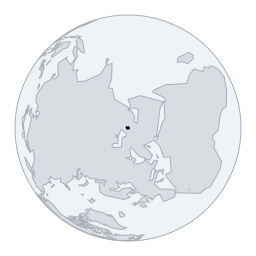 the Earth from above Qom, rotated 215°
{"feature_id": "IRN-3232", "entity_name": "Qom", "entity_type": "Province", "adm_level": 1, "iso_a3": "IRN", "parent_name": "Iran", "parent_adm1": "", "projection": "orthographic", "projection_center": [50.771, 34.662], "detail": "fine", "context": "on_globe", "style": "filled", "palette": "ink", "viewbox_px": 256, "rotation_deg": 215, "n_neighbors": 0, "source": "natural_earth", "source_scale": "10m", "svg_char_len": 10525}
<svg xmlns="http://www.w3.org/2000/svg" viewBox="0 0 256 256"><g transform="rotate(215 128 128)"><circle cx="128" cy="128" r="113" fill="#eef3f6" stroke="#a8b0b8"/><path d="M130.2,15.4L133.0,15.6L144.8,17.4L150.1,18.1L147.7,18.1L158.7,19.9L166.1,22.3L156.8,19.6L155.1,19.4L159.7,20.8L158.9,21.0L160.7,21.9L159.4,22.0L154.0,20.8L153.1,20.9L156.4,22.0L157.1,23.0L152.5,21.4L153.3,23.1L144.5,22.0L133.1,18.7L127.3,19.3L112.9,19.4L113.3,19.9L108.0,20.8L106.5,21.8L104.3,21.8L104.9,22.7L107.2,22.5L108.3,22.9L107.6,23.6L104.7,23.7L104.6,23.3L103.3,23.7L102.2,23.5L102.4,24.0L98.9,24.1L101.2,25.1L97.5,26.1L95.5,25.9L97.2,24.5L96.6,21.5L95.1,21.4L91.2,22.4L81.0,27.0L78.7,27.7L74.5,29.6L75.1,29.7L78.5,28.3L78.6,29.3L82.8,27.7L83.5,28.0L87.3,27.3L85.1,29.0L81.0,31.3L77.7,32.1L75.8,33.2L77.6,33.9L70.3,37.3L63.4,42.8L61.7,43.7L60.7,42.2L63.9,38.1L62.5,37.3L61.8,39.6L57.5,42.2L56.2,43.5L55.4,44.6L56.4,44.4L54.6,45.8L54.7,43.7L56.3,42.4L56.3,43.0L57.8,41.2L57.8,40.3L55.6,42.0L57.5,40.2L64.5,35.0L71.9,30.3L79.6,26.3L87.6,22.9L95.8,20.1L104.3,17.9L112.8,16.4L121.5,15.5L130.2,15.4ZM16.1,140.6L16.1,141.3L16.2,141.8L16.1,140.6ZM154.0,18.8L151.5,18.2L154.2,18.8L154.0,18.8ZM161.2,22.0L162.1,22.2L162.6,22.6L161.2,22.0ZM88.2,26.4L87.7,26.8L87.3,26.7L88.2,26.4ZM90.3,25.8L90.1,25.4L91.0,25.0L90.3,25.8ZM161.1,23.3L161.6,24.0L160.2,23.0L161.1,23.3ZM90.3,26.4L92.7,24.4L94.4,23.8L96.2,24.4L90.3,26.4ZM161.3,24.3L162.7,26.4L164.9,26.9L159.3,27.0L160.0,25.0L157.9,23.6L160.1,24.4L161.3,24.3ZM108.3,22.2L105.8,22.4L108.5,21.6L108.3,22.2ZM109.8,21.6L116.7,19.2L120.0,19.5L117.1,20.1L121.9,20.1L120.2,21.4L117.1,21.7L115.3,21.2L116.0,22.1L109.8,21.6ZM156.0,26.8L155.6,27.3L155.0,26.6L156.0,26.8ZM109.0,23.1L110.0,22.5L113.0,22.6L111.4,23.8L110.9,23.4L109.0,23.1ZM124.1,19.6L126.0,20.0L125.1,21.2L125.7,21.5L120.4,21.5L124.1,19.6ZM109.9,23.7L110.5,24.5L108.4,25.1L108.1,23.7L109.9,23.7ZM114.5,22.1L115.8,22.3L114.6,22.6L114.5,22.1ZM101.4,28.1L102.7,27.2L104.4,27.1L101.4,28.1ZM110.8,24.8L111.5,24.5L112.3,24.5L112.2,25.1L110.8,24.8ZM120.1,22.3L119.4,22.8L122.3,22.4L121.7,23.4L118.3,23.2L119.5,23.7L119.3,24.0L116.7,23.6L120.1,22.3ZM114.6,25.7L110.0,26.1L107.3,27.7L105.8,27.7L110.3,25.2L114.6,25.7ZM116.1,24.4L114.8,25.2L113.5,24.8L113.6,24.0L116.1,24.4ZM122.6,24.1L124.3,22.7L125.0,22.8L122.6,24.1ZM114.0,26.2L115.1,26.1L114.0,26.3L114.0,26.2ZM120.2,24.8L120.7,24.2L121.5,24.4L120.2,24.8ZM116.9,26.5L115.5,26.5L115.5,26.0L116.9,26.5ZM118.6,25.8L119.6,26.1L116.4,25.7L118.8,25.5L118.6,25.8ZM120.9,25.0L121.5,24.9L120.5,25.2L120.9,25.0ZM117.7,28.6L113.7,28.3L113.7,27.1L117.6,27.5L117.7,28.6ZM28.8,146.3L26.7,127.3L29.5,123.1L31.3,116.0L51.6,102.4L54.5,106.2L68.9,110.1L70.5,111.8L67.3,117.0L76.9,128.4L81.8,124.7L92.0,131.5L99.8,132.9L105.2,122.4L92.5,119.9L91.8,114.1L103.2,111.4L114.5,113.9L114.6,111.7L108.7,106.0L112.6,102.5L106.8,103.7L108.2,106.1L104.6,107.0L103.1,104.9L104.5,103.7L101.5,102.1L95.5,108.7L96.2,112.0L87.5,111.2L87.9,116.7L85.1,118.4L83.3,109.9L84.4,107.2L80.0,97.1L78.0,99.7L82.0,109.6L80.2,108.4L77.5,112.5L78.1,108.4L74.2,97.3L67.2,96.2L55.9,103.6L52.3,102.5L50.2,98.3L56.6,88.1L64.0,91.9L66.4,88.7L66.8,82.5L69.0,84.3L70.1,82.3L73.1,83.6L79.3,80.6L82.6,81.5L86.9,76.0L89.2,75.8L86.0,79.0L85.6,81.9L94.1,84.6L96.3,83.8L98.4,80.1L100.5,81.4L101.4,77.6L107.2,77.5L100.9,74.5L103.2,70.5L107.7,68.3L107.3,66.6L100.0,70.3L98.1,72.3L98.2,74.8L92.1,80.4L88.7,80.5L90.9,73.0L86.4,72.5L90.1,67.2L107.6,59.9L114.0,59.4L120.7,66.6L118.2,68.8L114.5,67.2L116.2,72.3L116.9,70.1L118.6,71.4L121.2,68.3L122.6,69.1L122.8,65.0L124.7,65.6L124.6,68.2L130.1,64.7L134.6,65.3L135.2,64.2L134.6,62.8L140.8,64.8L141.0,63.9L139.0,62.8L138.0,60.4L138.8,57.0L140.9,57.9L140.9,59.2L144.1,63.6L143.9,67.3L144.8,67.3L145.5,64.3L141.6,59.0L141.5,56.8L143.7,59.0L142.9,58.0L143.5,57.2L146.0,57.3L143.7,54.8L147.3,45.6L152.6,45.2L154.2,48.0L158.9,43.5L164.6,44.0L162.7,42.9L163.8,40.5L162.0,40.2L161.2,39.6L163.1,33.9L165.1,33.5L163.9,30.5L162.9,30.0L161.3,30.1L159.3,27.0L164.9,26.9L166.8,27.9L169.0,27.4L172.9,29.9L177.2,32.0L180.1,35.4L183.3,37.0L183.8,36.7L188.4,38.8L196.1,44.9L187.6,41.3L175.5,33.9L180.3,36.9L178.5,36.7L179.8,38.2L183.2,40.5L184.0,40.4L185.9,47.7L192.7,56.0L193.9,53.4L197.0,54.3L205.7,63.0L212.3,80.0L216.5,82.6L218.3,85.4L218.1,88.7L215.4,84.7L213.2,84.8L211.7,82.2L210.5,86.6L208.4,83.1L208.5,88.6L211.0,90.6L212.8,87.7L213.9,94.3L218.7,96.9L221.8,102.6L222.2,117.0L218.8,124.0L219.2,126.1L216.5,125.5L215.0,131.2L221.5,139.0L222.0,142.1L218.5,151.0L218.1,148.9L211.1,147.1L211.2,155.1L216.6,158.2L218.5,164.0L215.0,164.1L212.9,159.1L210.4,158.3L210.0,151.6L206.0,143.3L202.4,147.1L201.7,143.1L195.7,137.0L189.9,142.1L181.4,156.2L181.9,166.4L178.2,171.8L169.9,159.3L167.1,149.6L163.5,151.3L155.4,143.9L139.7,145.1L138.0,142.5L134.9,143.9L129.3,141.3L126.9,136.9L123.2,137.1L129.8,148.8L133.8,148.5L137.8,143.9L138.9,148.0L144.4,151.4L136.4,161.6L114.1,169.7L112.8,162.0L100.4,138.7L101.2,136.3L101.2,136.0L101.1,135.5L99.1,139.3L97.2,134.6L102.9,151.0L103.5,157.5L113.7,170.2L112.5,171.3L116.1,173.8L128.7,171.4L128.5,173.9L122.1,185.0L105.5,198.1L108.2,207.2L107.9,214.2L98.8,217.3L100.9,222.3L96.3,223.0L96.8,225.5L93.9,227.2L88.5,227.9L78.1,224.8L76.4,222.6L69.7,216.6L59.9,202.2L61.5,197.3L60.1,192.0L52.7,177.4L54.2,171.3L52.5,167.5L48.7,166.4L46.9,161.8L44.7,160.4L32.0,154.1L28.8,146.3ZM43.0,111.8L42.1,113.8L43.0,111.8ZM125.6,122.2L132.9,122.9L131.2,115.8L133.9,115.5L132.3,113.3L131.0,115.3L127.4,109.2L131.1,107.3L131.1,104.2L128.6,103.8L122.3,108.4L127.4,117.0L125.1,119.8L125.6,122.2ZM57.5,42.3L57.5,42.5L56.4,43.8L56.3,43.5L57.5,42.3ZM55.8,47.9L52.9,50.1L54.9,48.3L54.1,48.2L57.1,44.4L61.0,44.0L58.7,44.7L55.8,47.9ZM62.3,39.7L59.9,41.9L62.4,39.5L62.3,39.7ZM73.2,71.2L73.6,73.1L71.5,74.9L67.3,74.5L70.2,71.8L73.2,71.2ZM74.6,75.4L77.9,68.4L80.7,68.6L78.6,69.6L80.1,70.4L77.1,72.3L76.5,79.7L74.6,81.8L67.8,79.5L71.0,78.9L70.5,77.0L74.6,75.4ZM81.6,52.7L83.1,50.4L87.1,53.8L85.3,55.6L80.9,55.1L80.6,52.7L81.6,52.7ZM93.0,28.0L93.3,27.4L94.2,27.3L94.6,27.8L93.0,28.0ZM101.9,27.7L92.6,30.8L92.4,30.2L87.1,33.1L84.7,32.7L88.3,30.8L82.4,32.8L84.7,30.9L80.7,32.6L88.8,28.3L90.6,26.9L89.5,28.6L91.7,28.9L93.2,28.6L98.6,27.0L103.4,24.4L106.4,24.6L107.1,25.4L106.4,26.0L104.7,25.7L105.0,26.8L102.0,26.8L101.9,27.7ZM114.5,38.7L112.8,37.3L112.8,40.8L109.9,40.3L110.0,40.7L107.3,41.3L104.3,42.8L103.2,42.3L102.5,43.2L100.6,43.7L99.3,44.7L96.8,44.2L95.0,45.5L94.9,44.6L92.4,46.9L93.1,45.0L90.9,45.6L91.4,47.2L81.2,43.5L76.4,43.8L72.0,45.4L73.8,42.2L79.1,38.9L85.8,36.3L90.1,36.5L90.2,35.2L92.3,35.0L91.4,36.1L94.0,34.3L95.5,34.5L101.4,33.0L104.3,30.5L106.6,30.1L106.2,31.1L108.7,29.9L109.4,31.7L111.1,31.4L113.4,33.1L111.7,35.5L113.7,35.0L115.6,36.4L114.5,38.7ZM118.3,29.1L116.9,31.8L114.7,33.0L111.5,29.7L109.9,29.7L107.8,27.9L111.2,26.4L111.4,27.0L112.5,27.3L111.0,27.6L113.0,27.5L113.5,28.4L115.2,28.7L114.3,29.4L118.3,29.1ZM73.2,110.4L74.6,111.2L76.9,111.8L75.3,114.5L73.2,110.4ZM70.4,102.9L71.8,103.0L70.6,106.9L69.2,106.2L70.4,102.9ZM73.6,100.0L72.0,102.7L72.0,100.8L73.6,100.0ZM87.4,79.0L89.0,79.1L88.8,80.0L87.4,81.1L87.4,79.0ZM113.8,50.0L113.2,48.8L113.9,48.5L114.9,45.6L117.2,45.9L117.5,47.8L113.8,50.0ZM102.5,124.0L99.7,125.7L98.7,124.4L99.9,124.1L102.5,124.0ZM86.4,120.3L89.6,122.6L85.9,121.0L86.4,120.3ZM116.4,49.8L116.5,48.6L117.6,49.5L116.4,49.8ZM118.9,46.1L120.3,46.9L117.6,45.7L118.9,46.1ZM151.2,237.8L152.3,237.7L150.4,238.1L151.2,237.8ZM127.4,214.1L121.5,225.0L116.0,224.8L114.3,221.7L116.1,215.0L122.2,213.3L125.0,210.0L127.4,214.1ZM231.1,166.8L232.3,165.6L232.1,166.1L231.1,166.8ZM230.0,167.1L231.5,165.4L229.6,168.3L230.0,167.1ZM232.0,164.7L233.5,162.0L234.1,160.5L233.9,161.5L232.0,164.7ZM228.9,168.3L222.1,174.6L219.2,175.9L220.1,173.8L224.9,170.3L228.9,168.3ZM219.8,174.0L215.0,173.1L206.6,164.6L209.7,163.3L218.0,166.3L217.6,168.0L220.5,169.3L219.8,174.0ZM230.7,156.7L230.1,161.1L226.6,164.3L224.9,165.3L223.7,161.1L224.4,157.8L225.9,156.6L230.4,142.3L232.3,142.7L231.2,148.2L232.6,150.3L230.7,156.7ZM182.4,167.2L185.4,172.2L183.3,173.8L182.4,167.2ZM231.3,133.7L230.1,139.9L230.9,132.5L231.3,133.7ZM231.2,127.4L231.8,129.3L230.6,128.2L231.2,127.4ZM220.0,129.1L218.5,130.9L218.0,129.4L219.6,126.3L220.0,129.1ZM224.1,107.5L225.8,111.9L226.1,113.7L224.6,111.7L224.1,107.5ZM136.0,52.6L132.1,56.0L130.8,59.0L132.4,61.6L128.4,59.7L130.5,54.9L136.0,52.6ZM145.7,46.3L144.3,44.4L146.0,44.4L146.5,44.8L145.7,46.3ZM144.1,45.7L140.3,44.8L140.2,43.3L143.2,44.2L144.1,45.7ZM128.2,46.9L126.9,47.9L126.1,47.0L128.2,46.9ZM214.8,199.8L217.8,195.3L218.3,194.7L220.7,190.3L227.7,179.8L233.4,166.9L234.8,163.9L237.3,155.1L237.4,154.7L235.1,162.8L232.2,170.8L228.7,178.5L224.6,186.0L219.9,193.1L214.8,199.8ZM233.8,163.2L235.7,157.8L236.4,156.3L233.8,163.2ZM240.0,140.4L239.3,143.3L239.2,142.3L239.7,139.5L238.8,140.9L239.8,136.8L240.0,139.4L240.4,134.5L240.5,133.2L240.0,140.4ZM239.2,145.3L239.4,144.7L239.1,146.4L239.2,145.3ZM237.2,148.3L237.1,149.5L236.7,149.5L237.2,148.3ZM237.8,146.6L238.7,145.3L237.6,147.7L237.8,146.6ZM233.4,150.1L233.9,152.0L235.5,148.2L234.3,152.2L235.0,154.9L234.5,156.9L233.9,153.9L233.1,159.1L232.4,160.0L232.3,156.5L233.2,150.7L233.9,147.7L236.5,142.9L233.4,150.1ZM237.9,143.5L237.6,141.2L237.7,138.7L238.1,139.6L237.9,143.5ZM236.1,135.9L234.6,134.1L233.8,136.9L235.0,129.0L236.3,132.0L236.1,135.9ZM234.1,129.7L233.4,132.3L233.8,128.0L234.1,129.7ZM232.9,131.5L232.3,129.2L233.2,128.4L232.9,131.5ZM234.6,129.0L233.9,124.6L234.8,126.5L234.6,129.0ZM230.6,124.2L233.3,125.9L230.7,127.2L228.3,119.4L229.3,117.9L230.6,124.2ZM221.9,85.2L220.4,83.4L220.7,81.7L221.6,83.4L221.9,85.2ZM220.1,75.1L220.3,80.6L220.1,85.4L221.2,85.5L223.0,89.9L220.3,87.7L218.9,81.7L219.3,78.8L217.4,75.4L216.5,71.9L213.6,68.5L212.5,66.3L215.3,68.5L220.1,75.1ZM212.3,67.2L206.9,60.9L208.2,59.6L209.7,60.6L211.6,64.0L210.8,64.5L212.3,67.2ZM206.0,59.1L205.1,59.6L195.3,53.1L193.6,51.5L201.8,55.3L201.4,56.0L203.5,58.0L206.0,59.1ZM156.8,27.6L155.7,27.3L156.6,27.2L156.8,27.6ZM160.2,39.5L159.3,38.6L160.5,38.4L160.2,39.5ZM157.4,36.1L156.7,36.9L156.6,35.6L157.4,36.1ZM155.3,39.0L156.0,37.1L156.6,39.5L155.3,39.0Z" fill="#d9dde1" stroke="#a8b0b8" stroke-width="1"/><path d="M129.6,128.2L129.1,128.4L128.6,128.4L128.5,128.5L128.4,128.5L128.3,129.0L128.1,129.0L127.9,128.9L127.5,128.9L127.4,128.8L127.3,128.7L127.2,128.6L127.3,128.5L127.2,128.4L126.9,128.3L126.8,128.2L127.0,128.0L127.0,127.9L127.1,127.7L127.4,127.7L127.5,127.6L127.8,127.5L127.9,127.4L127.9,127.1L128.0,127.0L128.0,126.9L128.5,126.9L128.9,127.0L129.8,127.6L129.8,127.8L129.8,128.0L129.7,128.2L129.6,128.2Z" fill="#0f172a" stroke="#020617" stroke-width="1.5"/></g></svg>